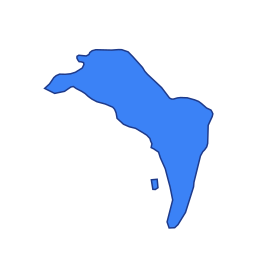 Ōsaka, Albers equal-area conic projection, rotated 300°
{"feature_id": "JPN-1852", "entity_name": "Ōsaka", "entity_type": "Urban Prefecture", "adm_level": 1, "iso_a3": "JPN", "parent_name": "Japan", "parent_adm1": "", "projection": "albers", "projection_center": [135.469, 34.636], "detail": "fine", "context": "isolated", "style": "filled", "palette": "blue", "viewbox_px": 256, "rotation_deg": 300, "n_neighbors": 0, "source": "natural_earth", "source_scale": "10m", "svg_char_len": 1296}
<svg xmlns="http://www.w3.org/2000/svg" viewBox="0 0 256 256"><g transform="rotate(300 128 128)"><path d="M62.0,213.6L66.2,208.8L88.0,202.7L98.0,193.9L103.2,188.7L111.3,180.7L118.4,170.9L122.4,166.5L122.8,160.6L122.6,157.8L126.3,156.6L128.0,154.2L129.9,152.2L131.2,147.8L131.4,142.3L131.5,134.7L129.7,128.5L129.0,122.2L130.9,113.7L135.1,110.2L137.1,107.6L137.6,106.8L137.9,106.0L138.4,104.3L137.4,96.3L135.2,87.9L135.0,82.2L135.5,77.7L136.4,73.7L136.6,69.6L136.3,63.5L136.6,59.9L134.9,58.0L128.0,54.7L121.3,47.2L120.6,36.0L126.9,38.0L134.6,38.6L137.4,39.6L140.4,41.8L143.2,46.9L146.2,51.1L150.0,54.6L157.1,58.4L160.9,58.1L162.4,56.8L161.9,54.4L161.0,52.5L161.8,50.6L163.0,48.8L164.6,48.0L166.4,49.0L169.5,55.8L172.1,57.4L174.3,57.2L177.0,58.3L179.7,61.0L187.3,74.9L191.1,80.5L192.7,83.4L194.0,90.0L192.2,96.5L187.7,110.2L185.5,114.2L184.2,118.1L179.8,136.9L174.7,149.0L174.9,151.4L175.8,152.9L178.7,155.7L180.7,158.4L183.8,164.3L185.7,171.7L186.3,175.8L185.9,179.5L184.6,186.0L185.0,190.9L183.9,192.8L182.7,194.4L180.0,195.2L170.4,196.1L154.5,204.7L151.0,205.6L147.6,205.3L144.8,204.6L140.1,204.7L114.1,212.2L109.8,214.2L83.7,220.0L69.4,219.6L65.0,218.3L62.0,213.6ZM87.3,180.2L94.8,174.1L98.2,178.9L91.3,183.8L88.4,182.4L87.3,180.2Z" fill="#3b82f6" stroke="#1e3a8a" stroke-width="1.5"/></g></svg>